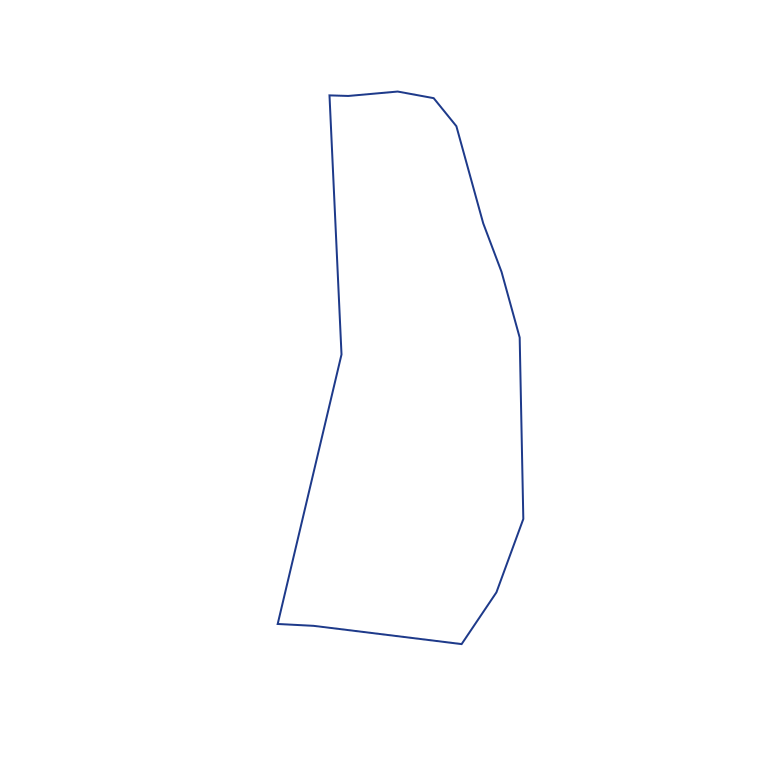 the City of Point Fortin, rotated 309°
{"feature_id": "TTO-60", "entity_name": "Point Fortin", "entity_type": "City", "adm_level": 1, "iso_a3": "TTO", "parent_name": "Trinidad and Tobago", "parent_adm1": "", "projection": "orthographic", "projection_center": [-61.662, 10.176], "detail": "fine", "context": "isolated", "style": "outline", "palette": "blue", "viewbox_px": 768, "rotation_deg": 309, "n_neighbors": 0, "source": "natural_earth", "source_scale": "10m", "svg_char_len": 346}
<svg xmlns="http://www.w3.org/2000/svg" viewBox="0 0 768 768"><g transform="rotate(309 384 384)"><path d="M130.6,452.4L380.2,332.4L574.0,160.0L585.4,175.0L619.9,210.6L637.4,242.7L629.9,278.0L571.3,360.0L545.1,404.8L505.5,460.2L366.8,577.2L292.8,602.5L230.7,608.0L151.7,481.4L130.6,452.4Z" fill="none" stroke="#1e3a8a" stroke-width="2"/></g></svg>